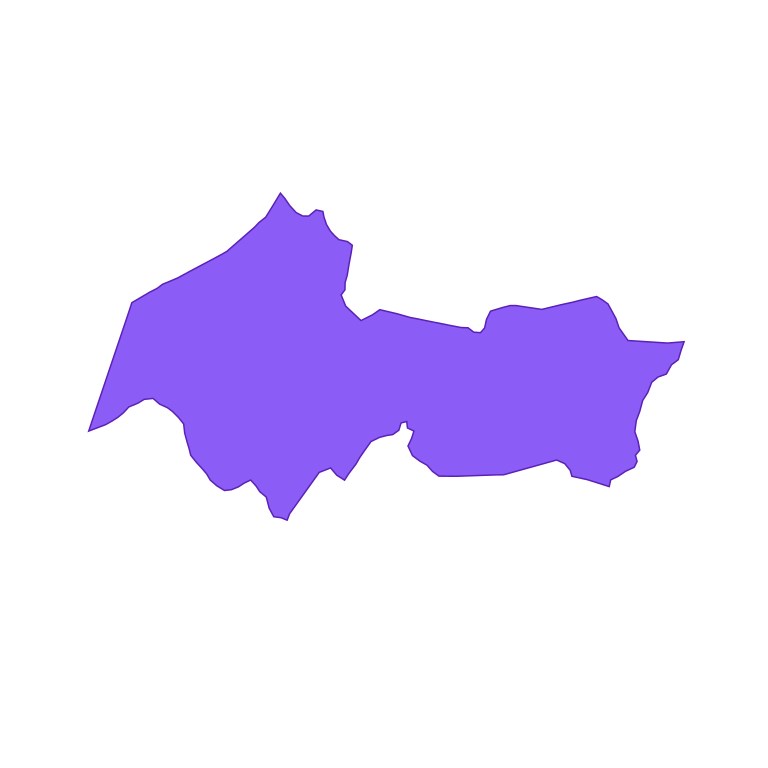 Conceição do Almeida, Bahia, Brazil, rotated 45°
{"feature_id": "56859067B50391842277860", "entity_name": "Conceição do Almeida", "entity_type": "district", "adm_level": 2, "iso_a3": "BRA", "parent_name": "Brazil", "parent_adm1": "Bahia", "projection": "mercator", "projection_center": [-39.241, -12.859], "detail": "fine", "context": "isolated", "style": "filled", "palette": "violet", "viewbox_px": 768, "rotation_deg": 45, "n_neighbors": 0, "source": "geoboundaries", "source_scale": "gbopen_adm2", "svg_char_len": 2078}
<svg xmlns="http://www.w3.org/2000/svg" viewBox="0 0 768 768"><g transform="rotate(45 384 384)"><path d="M156.9,470.1L155.9,477.0L153.4,484.7L148.2,504.8L152.0,512.3L156.3,520.9L201.5,612.1L208.5,626.1L216.0,609.3L218.0,602.0L219.4,595.5L220.1,588.6L219.8,580.7L223.5,571.7L225.3,564.4L230.9,557.5L239.6,556.9L247.6,553.9L253.8,553.0L262.2,553.0L270.6,553.9L277.7,559.6L285.7,564.2L292.2,567.7L297.8,571.1L307.0,572.1L315.2,572.4L322.2,573.0L329.1,574.8L337.8,574.2L346.5,572.1L350.8,566.7L353.8,559.7L355.2,553.0L357.6,546.2L365.9,546.6L372.4,548.0L380.7,547.2L390.6,553.0L399.9,555.8L405.8,551.3L411.8,548.8L409.0,542.5L400.7,492.3L405.6,481.1L415.1,481.9L424.1,479.9L422.4,472.0L420.8,460.4L418.9,453.3L417.3,444.7L415.5,433.8L418.6,424.9L422.4,418.4L426.0,413.5L427.2,406.2L423.6,399.5L426.6,394.5L431.7,398.5L438.4,396.1L442.0,403.0L444.8,410.9L454.8,414.5L463.8,413.2L471.8,411.0L480.2,411.5L488.0,410.3L500.3,398.2L528.0,368.5L532.8,363.6L559.8,315.7L568.1,312.5L576.8,313.4L582.1,316.4L595.7,307.7L615.8,297.3L612.1,291.5L614.8,283.9L616.5,275.0L619.8,265.9L617.7,259.8L612.2,256.6L611.6,249.9L604.1,244.8L595.1,240.4L588.3,231.5L584.3,222.7L578.6,212.8L576.5,203.5L572.1,193.5L572.8,185.4L576.6,177.3L573.7,167.1L574.9,158.7L570.3,150.2L566.3,141.9L555.5,154.6L525.8,180.7L510.6,178.1L501.7,173.7L485.7,169.0L478.6,170.2L472.5,171.8L468.5,178.1L463.5,186.1L459.8,192.4L453.0,203.0L442.8,219.7L435.9,224.8L422.0,235.1L417.7,239.4L413.9,245.8L407.8,257.2L410.8,265.9L415.5,273.2L415.9,279.5L410.8,283.9L403.7,284.8L398.5,289.6L388.2,296.6L368.7,309.6L362.3,313.8L355.4,318.5L343.9,324.9L328.5,334.4L326.9,343.3L322.9,355.4L313.0,355.7L301.8,356.0L290.7,351.3L289.8,345.0L284.8,339.8L281.1,333.1L274.2,323.5L268.0,314.4L263.5,308.3L257.5,309.1L250.1,313.8L244.1,314.1L238.0,313.8L230.6,311.9L223.5,308.4L218.8,305.2L212.9,308.9L212.0,318.5L207.7,322.7L200.6,324.9L191.3,324.5L182.6,322.9L175.8,322.3L179.2,336.0L182.4,349.7L181.4,358.2L181.6,364.5L179.1,401.4L176.9,409.3L167.0,441.7L163.1,454.9L156.9,470.1Z" fill="#8b5cf6" stroke="#5b21b6" stroke-width="1.5"/></g></svg>